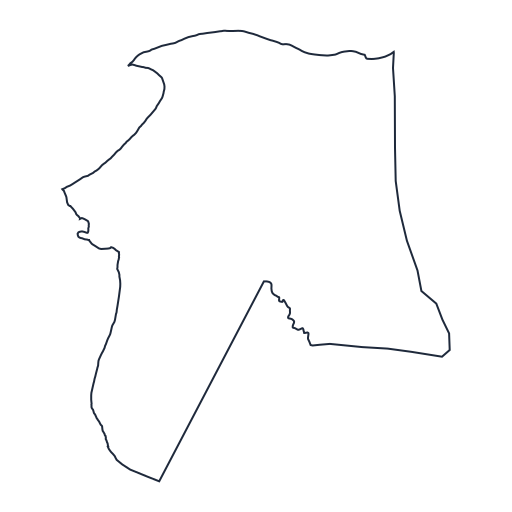 Shambuko, Gash Barka, Eritrea (Mercator projection)
{"feature_id": "51966322B24942230220374", "entity_name": "Shambuko", "entity_type": "district", "adm_level": 2, "iso_a3": "ERI", "parent_name": "Eritrea", "parent_adm1": "Gash Barka", "projection": "mercator", "projection_center": [37.812, 14.923], "detail": "fine", "context": "isolated", "style": "outline", "palette": "slate", "viewbox_px": 512, "rotation_deg": 0, "n_neighbors": 0, "source": "geoboundaries", "source_scale": "gbopen_adm2", "svg_char_len": 5847}
<svg xmlns="http://www.w3.org/2000/svg" viewBox="0 0 512 512"><path d="M62.3,189.2L62.6,189.6L63.3,190.3L64.0,191.0L64.5,192.5L66.0,196.0L66.4,197.2L67.1,202.3L68.2,204.9L69.7,206.0L70.4,206.0L71.0,206.7L71.4,207.2L72.6,208.4L73.4,209.4L75.5,212.2L76.3,214.2L77.1,215.1L78.5,216.2L78.7,216.6L79.4,217.4L80.1,218.4L80.0,218.9L81.1,218.4L81.5,218.1L82.4,218.2L82.9,218.4L84.7,219.2L87.8,221.0L88.1,221.4L88.5,222.4L88.7,223.4L88.9,223.9L88.7,225.2L88.8,226.6L88.3,228.4L88.3,229.0L88.4,230.1L88.3,230.6L88.2,231.6L87.8,232.5L87.6,232.8L86.9,232.8L85.9,232.5L84.3,231.9L82.5,231.5L82.0,231.4L80.6,231.6L79.3,231.9L78.4,232.4L77.8,233.4L77.6,233.8L77.9,235.5L78.4,236.7L79.0,237.2L79.8,237.7L81.0,238.1L81.9,238.2L84.7,239.3L87.2,239.6L88.3,240.0L89.1,240.0L89.2,240.5L91.7,243.7L92.6,244.4L94.1,245.3L95.7,246.3L98.9,248.4L99.5,248.6L101.2,249.0L107.6,248.6L108.3,248.5L109.5,248.3L110.3,248.0L110.6,247.7L111.1,247.2L112.7,247.7L113.4,248.0L114.3,248.7L114.8,249.0L115.7,250.0L119.0,252.1L118.9,253.4L119.1,254.2L119.1,254.9L118.9,256.8L119.1,257.6L118.8,258.5L118.7,259.6L118.3,260.5L118.1,261.3L117.5,265.0L117.5,267.2L117.2,268.9L118.8,272.2L119.4,274.8L119.4,276.6L119.7,278.2L120.1,280.4L120.3,283.8L120.2,286.9L118.9,296.8L118.6,298.7L117.5,305.8L116.8,309.8L116.6,311.9L116.4,312.9L116.0,313.9L115.0,319.8L114.4,321.9L112.3,325.5L111.8,327.2L111.3,329.5L110.5,333.0L110.1,334.4L109.0,336.6L108.2,338.1L107.3,340.2L105.9,344.2L105.1,345.8L104.6,347.8L102.9,351.4L102.0,352.9L101.0,354.9L99.0,359.3L98.5,360.8L98.3,362.6L98.1,365.6L97.4,367.8L97.2,368.8L95.9,373.8L95.3,376.4L94.6,378.7L94.0,381.8L93.6,383.1L91.4,392.8L91.2,395.4L91.2,399.7L91.4,401.9L91.6,403.8L91.4,404.5L91.5,405.2L91.5,406.8L91.6,407.6L92.0,408.4L92.5,409.1L93.0,409.7L93.5,411.3L93.9,412.9L94.3,413.6L94.9,414.2L95.3,414.9L95.5,415.6L95.9,416.2L96.2,417.0L96.8,418.4L97.5,419.2L97.7,419.7L99.2,421.7L99.5,422.4L99.9,423.2L100.7,424.7L101.2,425.2L101.8,425.7L102.1,426.4L102.4,429.3L102.7,430.9L103.2,431.6L104.6,434.0L104.7,434.8L105.1,435.6L105.6,436.0L105.7,436.9L105.9,438.0L105.7,438.8L105.9,439.5L106.4,440.2L107.1,442.5L107.5,443.1L107.7,443.9L107.9,445.5L108.2,446.4L107.8,446.6L108.8,448.9L110.1,450.8L110.9,451.8L111.1,452.1L112.8,453.8L114.5,455.8L115.1,456.7L115.2,457.2L116.7,459.9L122.2,464.4L130.2,469.6L147.3,476.6L159.2,481.3L263.9,281.4L266.5,281.4L267.2,281.5L269.0,281.9L269.9,282.3L270.9,283.2L271.3,283.9L271.5,284.8L271.5,286.0L271.4,288.5L271.7,291.0L272.0,291.9L272.4,292.9L272.9,293.5L273.6,294.2L274.8,295.1L276.4,295.8L277.7,296.8L278.9,297.1L279.2,297.5L279.2,299.0L279.0,300.1L279.2,300.9L279.6,301.3L280.7,301.6L281.6,301.8L282.4,301.8L282.6,301.3L283.0,300.3L283.3,300.0L283.8,300.1L284.2,300.6L285.4,302.6L287.1,305.9L287.7,306.7L288.2,307.2L289.3,307.8L289.9,308.4L290.0,309.0L289.9,310.0L290.0,313.0L289.8,313.7L289.5,314.6L288.3,316.4L288.2,316.8L288.1,317.2L288.1,317.7L288.4,318.2L288.9,318.4L290.6,318.7L291.5,319.0L292.3,319.4L293.5,320.5L293.8,320.8L294.1,321.6L294.0,322.8L293.3,324.3L292.8,325.7L292.7,326.7L292.7,327.2L293.2,327.8L294.4,328.0L295.0,328.2L297.7,329.7L298.3,329.8L298.8,329.7L299.7,329.4L302.3,328.2L302.7,328.3L303.0,328.7L303.4,329.6L303.6,330.9L303.9,331.6L304.0,332.1L304.1,332.9L304.7,333.0L306.2,332.7L307.5,332.5L308.3,333.0L308.5,333.9L308.0,337.5L308.0,338.5L308.1,339.1L309.3,341.6L310.6,345.0L312.6,345.5L320.4,344.7L329.9,343.9L362.3,347.1L387.6,348.6L411.2,351.8L442.0,356.7L449.7,350.0L449.1,333.4L442.4,319.6L436.3,303.6L421.4,291.0L417.5,270.5L406.9,240.7L399.7,210.8L395.7,181.0L395.0,147.8L394.8,96.3L393.0,68.0L393.8,52.9L393.7,51.9L390.6,54.1L388.5,55.1L385.2,56.6L382.7,57.3L378.6,58.3L376.4,58.6L373.8,58.9L371.5,59.0L367.4,58.8L366.5,58.5L366.1,58.0L365.7,57.3L365.3,56.2L364.7,54.8L363.6,54.6L360.8,53.9L355.9,51.8L352.9,51.2L351.1,51.0L349.3,51.0L346.0,51.4L344.2,51.6L341.7,52.1L339.3,52.9L336.6,54.1L335.2,54.6L330.8,55.2L328.3,55.5L326.2,55.5L320.0,55.1L314.7,54.5L311.9,54.1L308.9,53.6L304.5,52.2L301.7,50.9L300.1,49.9L298.4,49.0L296.2,48.0L294.1,46.9L291.7,45.6L289.4,44.6L286.3,44.1L285.4,44.1L283.5,44.3L282.7,44.3L281.3,44.0L280.6,43.7L279.0,42.8L276.6,41.9L272.4,40.6L270.6,40.2L266.8,38.9L259.7,36.3L257.4,35.3L255.2,34.6L253.2,33.9L248.7,32.8L246.5,32.1L244.2,31.4L242.8,31.1L240.7,30.9L238.1,30.8L233.0,31.0L229.4,31.0L226.7,30.9L225.0,30.7L223.2,30.8L221.9,31.1L219.8,31.3L214.7,32.1L207.2,33.0L202.9,33.7L200.6,33.9L198.8,34.2L196.8,35.1L194.9,35.7L192.6,36.1L188.4,37.1L184.4,38.7L181.5,40.1L179.4,40.8L177.9,41.5L176.8,42.1L175.2,42.9L173.2,43.4L170.6,43.8L168.6,44.3L165.7,45.0L163.4,45.5L161.7,45.9L160.7,46.3L158.9,47.0L154.3,48.8L152.1,49.4L151.2,49.8L150.5,50.4L150.1,50.6L149.0,51.1L147.0,51.6L144.9,52.0L143.5,52.3L140.6,53.8L139.5,54.4L138.1,55.4L136.4,56.9L134.9,58.6L133.9,60.1L132.6,61.6L132.0,62.1L130.3,63.3L129.7,64.1L128.7,65.2L127.9,65.9L128.9,65.6L130.3,65.0L132.5,64.5L133.0,64.7L134.9,65.2L136.2,65.7L140.4,66.6L142.1,67.0L143.4,67.1L146.0,67.9L147.3,67.9L148.5,68.1L149.6,68.6L150.9,69.3L153.0,70.2L154.8,71.5L157.3,73.4L159.0,75.1L161.4,77.2L162.0,78.0L162.7,80.0L164.2,84.4L164.5,86.5L164.4,89.1L163.7,91.8L163.5,93.2L162.5,96.8L161.9,98.2L159.9,101.2L158.9,103.0L156.7,106.2L156.1,107.8L155.4,109.0L152.6,112.3L150.4,114.9L147.9,117.4L146.6,118.9L145.3,121.0L143.6,123.1L142.2,124.4L141.7,125.0L140.9,126.1L140.4,126.5L139.3,127.5L137.4,130.8L136.1,132.8L134.2,134.8L133.2,135.5L131.5,137.0L129.6,139.2L128.2,140.5L126.6,141.7L125.7,143.0L124.0,144.5L122.2,146.6L120.7,148.6L119.4,149.8L117.7,150.8L116.0,152.4L114.2,154.6L112.0,156.8L110.6,158.4L109.3,159.3L107.4,160.8L105.4,162.7L103.9,163.7L102.0,165.2L99.3,168.3L97.9,169.5L96.4,170.6L94.7,171.5L93.1,172.9L89.5,174.7L88.0,175.8L84.7,176.6L83.2,177.1L82.1,177.8L80.0,179.3L74.8,182.6L72.5,184.1L70.0,185.6L66.9,186.8L64.8,188.2L62.3,189.2Z" fill="none" stroke="#1e293b" stroke-width="2"/></svg>